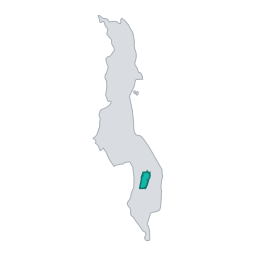 location of Balaka, Balaka, Malawi
{"feature_id": "42251766B20450933672567", "entity_name": "Balaka", "entity_type": "district", "adm_level": 2, "iso_a3": "MWI", "parent_name": "Malawi", "parent_adm1": "Balaka", "projection": "equal_earth", "projection_center": [35.125, -15.031], "detail": "fine", "context": "in_parent", "style": "filled", "palette": "teal", "viewbox_px": 256, "rotation_deg": 0, "n_neighbors": 0, "source": "geoboundaries", "source_scale": "gbopen_adm2", "svg_char_len": 5072}
<svg xmlns="http://www.w3.org/2000/svg" viewBox="0 0 256 256"><path d="M104.7,150.3L103.5,148.2L102.6,148.7L101.2,150.2L100.5,150.6L100.2,150.6L99.9,150.2L99.6,149.3L98.6,146.5L97.4,144.6L96.2,143.9L95.2,143.0L95.7,142.1L96.1,141.5L95.9,140.9L95.4,139.9L93.2,138.6L93.2,138.0L95.1,136.8L96.3,135.5L97.1,134.1L98.1,131.2L98.9,128.3L99.6,127.4L99.8,125.4L99.6,123.3L100.0,120.5L100.2,117.9L99.6,116.9L99.0,115.1L99.7,112.1L100.7,110.0L105.5,107.9L108.8,105.9L109.5,105.1L110.7,103.4L111.3,101.8L110.8,101.3L108.2,101.3L107.6,100.6L105.6,94.9L106.7,88.4L106.8,85.8L106.7,82.6L106.4,80.3L105.5,79.3L105.0,78.0L105.2,74.6L105.9,74.2L107.6,69.7L108.3,67.0L107.4,64.9L106.4,61.8L106.0,59.9L105.7,59.3L106.4,58.1L107.6,56.9L108.8,56.6L110.2,56.0L114.4,50.4L114.4,49.3L113.7,47.4L112.1,44.6L111.7,43.4L111.5,40.0L110.9,39.0L108.6,36.6L106.8,34.2L107.3,31.8L107.6,29.1L106.8,27.6L105.4,26.1L104.6,23.8L104.2,22.1L103.2,21.5L102.3,21.5L101.6,22.5L100.8,22.4L99.9,22.0L99.6,20.6L99.5,19.0L98.9,18.0L98.3,16.5L98.2,15.7L98.6,15.5L99.4,15.4L102.8,18.3L104.9,18.5L107.2,19.0L109.1,21.6L110.2,22.0L111.5,21.6L115.2,21.3L116.7,21.7L118.6,23.2L119.3,23.4L120.5,23.5L120.8,23.1L120.9,22.2L120.7,20.4L120.9,19.4L121.7,18.3L123.7,19.5L128.8,25.2L128.9,26.0L132.1,31.6L133.2,34.0L133.2,35.2L134.2,40.2L134.4,42.5L134.2,44.2L134.2,45.6L134.6,47.6L134.5,48.5L135.6,51.4L136.2,53.9L136.3,56.3L136.0,58.7L135.0,62.1L134.8,63.5L135.0,64.7L135.7,66.1L136.8,67.6L137.6,69.4L138.2,71.4L138.6,72.4L139.2,72.4L140.3,72.7L141.2,73.9L142.2,75.9L142.5,78.3L142.7,79.3L139.8,79.2L136.2,79.6L135.3,80.5L135.0,82.6L133.9,86.8L133.2,88.3L131.9,91.2L130.0,95.1L129.6,96.4L129.7,97.8L130.8,103.2L132.0,108.9L132.4,111.1L133.2,118.6L133.7,124.0L133.7,127.1L134.1,131.3L135.2,133.6L136.2,135.0L140.3,135.8L141.6,136.9L143.9,139.6L148.9,146.9L151.7,151.6L154.1,155.8L158.5,163.5L161.9,169.4L162.3,175.0L162.8,175.8L161.7,180.0L160.9,186.7L161.5,191.1L161.2,198.7L160.6,206.8L159.8,209.6L158.8,210.7L156.5,211.6L151.3,212.6L150.5,213.5L149.9,215.1L148.8,218.8L147.6,222.6L147.2,224.2L147.4,224.5L148.5,226.4L149.6,231.3L149.8,239.7L149.4,240.3L147.9,240.6L146.3,240.5L145.6,240.1L145.0,239.1L144.5,237.3L145.6,236.1L146.0,233.9L145.3,232.1L143.9,231.6L142.2,229.9L138.4,224.4L135.3,220.4L133.4,217.2L131.6,215.9L131.0,215.1L130.6,213.7L130.6,211.7L130.7,210.3L130.2,208.6L128.3,206.1L127.4,204.7L127.3,203.0L128.1,201.4L129.8,199.4L131.0,195.4L131.4,192.8L133.7,187.6L134.0,183.1L134.0,179.4L133.9,176.7L133.3,171.2L132.9,167.3L130.1,162.3L129.2,161.8L126.5,162.2L124.2,163.0L123.0,164.0L121.3,164.1L116.8,165.0L115.4,165.3L114.6,166.2L114.1,166.4L111.3,162.5L108.8,158.3L105.6,151.2L104.7,150.3ZM137.5,94.9L136.7,95.1L136.2,94.6L136.3,93.0L136.6,91.9L137.4,91.7L137.9,92.0L138.3,92.5L138.3,93.4L138.0,94.2L137.5,94.9ZM135.8,92.0L135.4,93.6L134.5,93.6L133.6,92.2L133.9,91.1L134.7,90.8L135.4,91.2L135.8,92.0Z" fill="#d9dde1" stroke="#a8b0b8" stroke-width="1"/><path d="M149.7,172.5L149.4,172.7L149.2,172.8L148.9,172.9L148.7,173.0L148.5,172.9L148.4,172.8L148.1,172.3L147.9,172.0L147.9,171.9L147.8,171.7L147.7,171.6L147.5,171.4L147.4,171.3L147.4,171.5L147.2,171.7L147.2,171.8L147.1,172.0L146.9,172.2L146.3,172.2L145.7,172.2L145.4,172.2L144.9,172.3L144.2,172.3L143.7,172.3L143.0,172.4L143.0,172.5L142.9,172.8L143.0,172.9L143.0,173.0L142.9,173.3L142.8,173.5L142.8,173.8L142.8,174.0L142.7,174.3L142.7,174.5L142.8,174.8L142.8,175.1L142.5,174.8L142.3,174.6L142.2,174.7L142.2,174.9L142.1,175.2L142.1,175.5L141.8,176.4L141.5,177.0L141.4,177.4L141.3,177.7L141.6,178.7L141.5,179.3L141.3,180.0L141.2,180.7L141.2,180.8L141.0,181.8L140.4,184.6L140.3,185.3L140.2,185.5L140.2,185.8L140.1,186.0L140.0,186.3L140.0,186.5L140.0,186.8L140.0,187.0L140.0,187.3L139.9,187.4L139.8,187.5L139.9,187.8L139.8,188.0L139.8,188.3L139.7,188.3L139.7,188.2L139.7,188.3L140.2,188.4L141.1,188.4L141.3,188.4L141.8,188.4L143.4,188.3L143.7,188.3L144.4,188.3L144.5,188.3L144.5,188.2L144.8,188.3L144.9,188.2L145.0,188.1L145.0,187.9L145.1,187.7L145.2,187.8L145.3,187.9L145.3,187.7L145.5,187.5L145.7,187.4L145.8,187.4L145.8,187.2L146.0,187.1L145.9,187.0L145.9,186.9L146.0,186.7L146.2,186.4L146.3,186.4L146.3,186.2L146.5,186.0L146.5,185.9L146.7,185.7L146.8,185.5L146.9,185.4L146.9,185.2L147.0,185.0L147.1,184.9L147.1,184.7L147.2,184.4L147.2,184.0L147.3,184.0L147.3,183.9L147.4,183.7L147.5,183.6L147.5,183.4L147.5,183.2L147.4,183.1L147.5,183.0L147.6,182.9L147.6,182.7L147.8,182.5L147.8,182.4L148.0,182.2L148.1,181.7L148.1,181.4L148.1,181.2L147.9,181.0L147.9,180.9L148.0,180.8L147.9,180.7L147.7,180.4L147.6,180.1L147.8,180.2L148.0,180.3L148.3,180.3L148.5,180.1L148.5,179.9L148.6,179.7L148.6,179.4L148.6,179.2L148.7,178.9L148.8,178.8L148.8,178.7L149.0,178.5L149.1,178.3L149.2,178.2L149.3,178.1L149.5,178.0L149.5,177.9L149.5,177.6L149.5,177.4L149.7,177.1L149.7,176.9L149.8,176.8L149.8,176.6L149.9,176.4L149.9,176.2L149.8,175.9L149.8,175.5L149.8,175.4L150.0,175.4L150.1,175.2L149.9,174.8L149.9,174.7L149.9,174.4L149.9,174.1L149.9,173.7L149.9,173.4L149.7,173.3L149.7,173.2L149.7,172.9L149.7,172.7L149.7,172.5Z" fill="#14b8a6" stroke="#0f766e" stroke-width="1.5"/></svg>